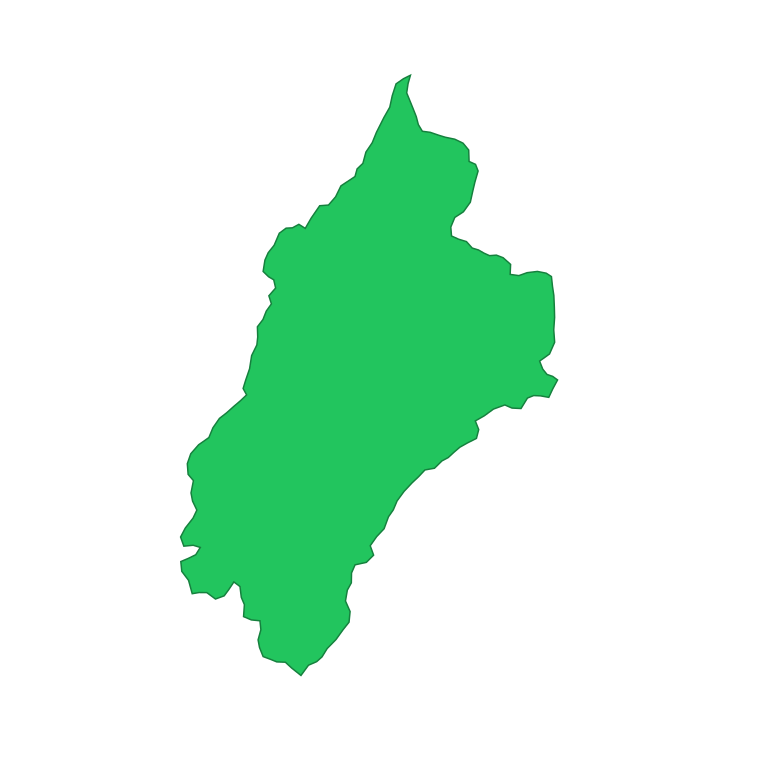 Durandé, Minas Gerais, Brazil, rotated 197°
{"feature_id": "56859067B98935332185461", "entity_name": "Durandé", "entity_type": "district", "adm_level": 2, "iso_a3": "BRA", "parent_name": "Brazil", "parent_adm1": "Minas Gerais", "projection": "equal_earth", "projection_center": [-41.796, -20.15], "detail": "fine", "context": "isolated", "style": "filled", "palette": "green", "viewbox_px": 768, "rotation_deg": 197, "n_neighbors": 0, "source": "geoboundaries", "source_scale": "gbopen_adm2", "svg_char_len": 2358}
<svg xmlns="http://www.w3.org/2000/svg" viewBox="0 0 768 768"><g transform="rotate(197 384 384)"><path d="M513.5,139.1L506.1,127.4L499.9,130.5L492.4,132.7L482.3,129.1L474.9,134.7L472.3,142.1L469.7,150.8L462.5,148.2L458.1,138.3L453.0,132.2L450.3,120.5L441.9,119.6L433.4,121.3L429.9,113.0L429.6,102.5L426.0,95.6L419.9,88.0L411.9,87.5L405.3,86.9L397.0,89.1L389.1,85.3L378.2,81.0L374.0,93.0L367.2,98.8L363.5,104.9L361.0,114.4L355.2,125.6L351.3,137.1L347.8,146.0L349.9,156.5L357.4,165.2L358.8,176.2L357.1,184.3L359.8,193.8L358.8,202.6L348.7,208.3L343.9,217.3L349.9,225.3L346.4,235.9L341.6,245.6L340.9,258.3L338.3,266.4L337.3,276.1L333.4,287.2L328.4,297.4L323.8,305.5L319.7,313.8L311.1,318.2L306.1,327.4L301.1,332.4L297.0,339.4L293.1,345.6L286.9,352.1L279.7,359.0L280.1,368.1L285.9,375.4L278.8,382.9L272.0,392.0L262.3,399.3L254.6,398.4L245.8,400.6L242.7,412.5L237.5,416.7L230.9,418.4L222.5,419.4L221.2,428.6L219.2,438.6L224.9,440.6L230.9,440.8L236.5,444.6L241.9,451.4L234.5,461.1L233.0,473.8L237.5,485.4L240.3,497.5L243.6,507.4L247.5,518.4L251.4,526.6L255.3,535.7L261.3,537.4L270.2,536.5L279.7,532.3L286.7,527.1L295.4,525.7L297.9,535.4L307.0,539.6L314.2,540.1L320.6,537.6L326.8,538.4L332.8,539.8L339.4,539.8L346.8,544.3L355.1,544.3L362.7,545.3L366.0,553.6L365.0,564.0L358.4,571.9L354.6,583.1L355.5,594.4L356.1,603.6L356.3,615.2L360.7,620.8L367.7,621.7L371.4,632.5L378.8,637.4L387.9,638.8L397.6,637.9L404.4,637.9L413.4,638.2L421.2,636.9L427.0,642.1L431.3,649.1L436.8,656.0L442.9,663.5L447.4,669.0L448.8,678.2L449.0,687.0L454.6,681.7L460.2,674.6L460.4,662.1L459.4,650.4L462.0,638.8L464.8,622.5L465.8,611.3L469.1,600.5L468.7,588.8L472.6,581.9L472.4,573.9L483.1,560.9L485.0,548.9L489.4,538.9L497.6,535.7L502.1,521.5L504.8,509.8L512.1,511.8L517.2,506.6L523.2,504.4L528.2,497.6L529.6,484.6L533.1,475.8L534.1,467.7L532.5,456.3L525.7,452.8L519.9,451.4L515.7,444.1L519.9,434.7L515.1,427.7L517.9,419.3L518.6,410.3L521.8,401.7L518.5,392.0L517.0,384.2L518.9,372.5L517.0,359.3L517.4,347.2L517.4,338.5L512.2,333.4L516.4,326.0L521.2,318.5L526.1,310.4L531.3,303.0L534.8,292.1L535.8,281.6L543.5,271.7L548.4,260.8L548.8,250.3L544.9,240.3L538.0,235.9L536.7,223.4L532.8,216.0L526.1,208.7L527.4,199.9L531.9,188.2L533.8,178.2L528.0,170.4L519.3,174.0L511.9,174.0L514.1,165.7L520.3,159.9L526.4,154.8L522.6,145.7L513.5,139.1Z" fill="#22c55e" stroke="#15803d" stroke-width="1.5"/></g></svg>